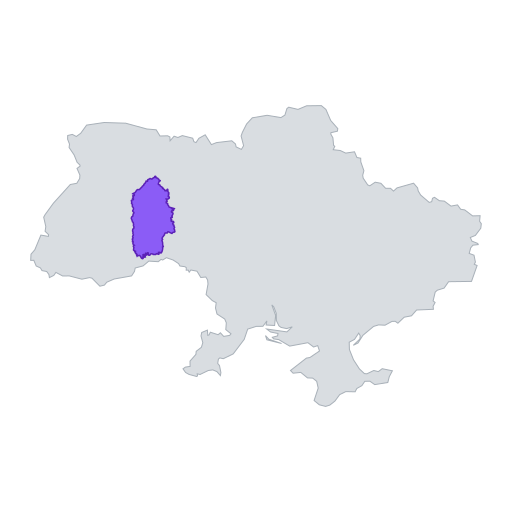 Khmel'nyts'kyy highlighted on a map of Ukraine
{"feature_id": "UKR-290", "entity_name": "Khmel'nyts'kyy", "entity_type": "Region", "adm_level": 1, "iso_a3": "UKR", "parent_name": "Ukraine", "parent_adm1": "", "projection": "mercator", "projection_center": [26.972, 49.519], "detail": "fine", "context": "in_parent", "style": "filled", "palette": "violet", "viewbox_px": 512, "rotation_deg": 0, "n_neighbors": 0, "source": "natural_earth", "source_scale": "10m", "svg_char_len": 9356}
<svg xmlns="http://www.w3.org/2000/svg" viewBox="0 0 512 512"><path d="M353.5,359.8L359.4,368.9L364.4,373.6L366.9,373.8L373.8,370.5L378.3,371.6L382.2,368.7L392.4,370.8L389.3,376.6L387.8,382.5L374.7,384.6L369.9,381.2L364.8,381.3L361.9,385.6L356.8,388.5L355.1,391.8L345.8,391.6L339.7,394.6L334.9,401.1L329.8,405.1L325.6,406.4L319.3,404.8L314.1,400.5L318.2,388.1L316.7,381.3L312.7,378.1L307.5,377.9L300.8,372.4L293.1,373.2L290.5,370.5L306.4,358.1L309.9,357.5L319.5,351.0L317.7,345.6L313.6,347.0L307.9,342.7L289.7,346.1L278.7,339.6L273.6,338.9L272.3,337.3L277.6,335.9L278.0,333.5L270.6,332.0L266.7,329.0L286.9,331.9L292.3,326.8L286.7,328.6L281.0,327.4L278.9,325.8L276.4,320.6L276.3,313.4L273.8,306.9L271.8,304.9L275.6,315.4L274.6,325.5L266.1,325.0L266.9,320.9L262.9,326.3L256.2,326.4L247.7,329.1L244.2,339.4L233.2,353.9L223.3,358.7L219.8,357.9L218.4,359.1L217.7,363.4L219.5,365.6L220.9,372.6L220.4,375.6L216.9,371.6L212.8,369.9L208.3,370.5L200.0,374.5L197.2,373.8L197.5,375.9L196.7,376.5L189.0,374.4L185.6,372.5L183.0,368.8L185.4,367.1L190.1,366.4L190.0,361.1L195.9,354.4L196.2,351.3L201.4,347.3L202.8,342.7L201.0,336.0L201.7,332.5L207.4,330.1L207.8,335.4L209.1,334.9L210.3,332.2L218.1,334.7L220.4,332.8L223.7,336.4L229.6,335.4L231.0,333.8L225.8,329.6L226.3,322.8L224.7,319.0L217.0,314.0L215.5,308.0L216.2,302.7L212.3,300.6L206.1,294.6L208.0,284.0L207.6,280.0L205.8,277.0L200.8,277.5L197.0,271.2L190.9,270.0L189.2,272.2L188.2,270.1L186.2,270.2L186.3,267.6L184.9,266.7L179.9,266.0L178.6,263.6L173.1,260.0L166.4,257.7L162.7,260.0L161.0,259.4L158.3,261.7L148.8,261.1L143.1,265.9L135.2,268.0L134.5,271.4L131.6,275.9L114.2,279.0L106.8,282.2L104.4,285.1L99.9,286.2L92.0,278.2L89.6,277.6L81.9,279.2L69.2,275.9L62.7,276.0L55.9,272.4L53.8,275.4L49.4,277.6L48.9,274.5L46.7,271.5L42.0,270.6L40.4,267.9L36.2,266.0L33.8,260.3L30.7,260.4L31.0,254.2L34.8,249.8L40.9,235.1L48.4,236.4L48.6,234.7L45.1,231.3L45.8,226.6L43.7,217.2L45.1,214.6L53.4,203.2L70.3,184.5L76.8,183.3L79.7,178.5L79.9,175.1L77.0,168.4L80.1,166.1L79.9,165.0L77.1,162.3L74.1,154.9L69.1,147.5L69.5,144.1L67.6,139.2L67.7,135.5L72.3,134.4L76.3,136.5L80.7,133.3L86.6,125.1L104.2,122.5L125.7,123.2L146.9,129.0L156.2,129.8L160.0,136.0L167.7,135.8L169.9,137.0L170.1,140.8L174.1,136.2L177.9,137.5L182.3,135.6L192.7,138.2L193.9,141.7L196.0,142.6L198.9,138.3L205.2,134.8L211.4,144.6L216.5,142.6L231.8,140.8L235.5,144.0L236.1,146.9L241.4,149.4L243.6,145.7L241.1,136.0L242.4,132.3L246.6,124.0L252.3,117.8L267.1,115.3L280.9,117.6L284.9,115.1L286.9,108.6L288.7,107.2L298.0,109.4L306.6,105.8L321.3,105.6L325.9,109.4L330.7,120.5L337.8,128.6L337.4,131.2L330.9,132.7L330.8,134.1L332.9,137.8L333.6,145.4L334.8,146.3L333.2,149.7L340.2,150.5L345.7,153.1L354.5,151.8L356.9,157.5L360.7,158.2L360.8,161.9L363.9,170.7L362.7,175.3L363.2,178.2L367.7,184.9L369.8,185.8L375.2,182.2L380.9,183.3L385.6,188.3L390.5,188.3L393.5,191.1L397.0,187.9L413.6,183.2L417.6,187.9L418.2,190.9L420.6,195.0L429.2,202.4L431.7,201.7L432.5,198.3L434.5,197.3L439.3,200.7L444.3,201.1L451.0,206.1L457.5,204.9L460.7,209.3L464.7,209.9L472.6,215.9L480.1,215.7L479.6,221.3L481.3,223.7L480.8,228.2L475.4,235.4L470.3,237.5L471.9,241.1L477.8,243.5L478.2,244.6L472.9,245.2L470.7,247.8L469.2,253.4L474.0,255.2L475.4,262.1L474.3,264.3L477.1,265.5L471.5,281.4L448.6,281.7L444.1,288.1L437.3,290.2L435.2,292.1L433.1,300.9L435.1,302.5L433.1,306.3L433.4,309.3L416.6,310.0L411.5,315.8L404.2,317.2L397.9,323.2L395.2,321.3L392.0,321.4L385.0,325.2L378.6,324.9L373.6,326.4L362.9,335.3L358.0,343.0L353.3,345.3L359.9,339.0L360.2,335.7L358.7,333.1L354.5,339.4L349.2,342.2L349.4,349.5L353.5,359.8ZM281.6,343.5L266.9,339.8L265.5,335.6L268.8,339.2L281.6,343.5Z" fill="#d9dde1" stroke="#a8b0b8" stroke-width="1"/><path d="M157.4,178.1L157.8,178.3L158.2,178.9L158.8,179.3L159.1,180.1L159.5,180.3L160.2,180.6L160.2,180.8L159.3,181.4L158.9,181.9L158.3,183.8L158.3,184.2L158.5,184.4L158.7,184.6L159.6,184.8L159.8,184.9L160.0,185.2L160.1,185.6L160.3,186.0L162.7,187.6L162.8,187.9L162.6,188.2L162.6,188.4L162.6,188.5L162.9,188.6L163.3,188.6L163.7,189.2L164.6,189.6L164.8,189.9L164.8,190.6L165.1,190.7L166.4,190.8L166.6,190.6L166.8,190.0L167.2,189.4L167.3,189.3L167.6,189.3L167.8,189.6L167.9,190.1L167.8,191.2L167.8,191.4L168.8,192.7L168.9,193.0L168.9,193.3L168.8,193.5L168.4,193.8L168.4,194.2L168.8,194.6L168.8,194.9L168.3,195.6L168.2,196.2L168.3,196.5L168.5,196.6L169.0,196.8L169.2,197.0L169.3,197.6L169.2,198.0L169.1,198.3L168.5,198.6L168.2,198.9L167.9,199.1L167.6,199.2L166.2,199.0L166.3,199.4L167.0,200.7L167.2,201.2L167.1,201.3L166.5,201.4L166.3,201.6L166.2,202.6L166.2,202.8L166.4,202.9L167.3,203.3L167.6,203.5L167.7,203.8L167.6,204.2L167.6,204.5L168.7,206.0L168.9,206.7L169.2,207.1L174.3,208.6L173.9,209.2L173.0,209.4L172.9,209.4L173.5,209.8L173.6,210.1L173.2,210.6L172.8,210.9L171.9,210.8L171.7,210.9L171.5,211.5L171.4,211.8L171.5,212.1L172.3,212.5L172.7,212.8L173.0,213.2L173.0,213.6L172.9,214.1L172.1,215.7L171.8,216.1L171.9,216.4L172.3,216.9L172.3,217.3L172.0,217.6L171.8,217.7L171.7,217.7L171.3,217.6L170.9,217.7L170.8,218.1L170.8,218.7L170.9,219.1L171.6,219.7L171.7,219.8L171.7,220.0L171.3,220.3L171.1,220.5L171.1,221.0L171.4,221.3L171.8,221.4L173.3,221.4L173.5,221.5L173.6,221.9L173.8,222.4L173.7,222.7L172.9,223.0L172.7,223.3L172.8,223.6L173.0,224.1L173.0,224.5L173.1,224.8L173.3,224.9L173.8,225.0L174.0,225.5L173.9,226.2L174.0,226.4L174.4,226.9L174.6,227.3L174.5,227.6L174.3,227.9L174.1,228.3L174.0,228.6L174.1,229.1L174.5,229.6L174.6,229.9L174.7,230.9L174.9,231.6L174.8,231.8L174.7,231.9L174.5,232.1L173.5,232.2L172.9,232.4L172.7,232.6L172.2,233.2L172.0,233.4L171.3,233.3L170.5,232.7L169.7,232.5L169.0,232.0L168.6,231.9L168.0,231.7L167.7,232.0L167.2,233.0L165.8,233.0L165.1,233.0L164.9,233.4L164.5,234.3L164.4,235.0L164.2,235.1L163.8,235.4L163.4,236.3L162.5,237.2L162.3,237.8L162.1,238.2L162.1,238.4L162.2,238.7L162.5,239.2L162.6,239.5L162.4,239.8L162.0,240.2L161.9,240.5L162.3,241.4L162.6,242.6L162.7,244.9L162.8,245.4L163.3,246.5L163.1,246.8L162.7,246.8L162.5,247.0L162.7,248.1L162.6,248.9L162.5,249.9L161.9,251.9L161.6,252.1L161.3,252.8L161.0,253.0L160.7,253.0L160.0,252.4L159.0,252.3L158.5,252.4L158.5,252.8L158.8,253.0L159.0,253.1L159.1,253.7L159.0,254.0L158.8,254.2L158.3,254.3L158.0,254.2L157.4,253.8L157.2,253.7L156.3,253.7L156.2,253.8L155.9,254.4L155.7,254.5L154.4,254.5L153.6,254.3L153.2,254.5L152.7,254.0L151.8,253.8L151.2,253.8L150.7,254.0L150.1,254.9L149.7,255.2L149.1,255.3L148.6,255.1L148.3,254.5L148.2,253.8L148.3,253.0L148.1,252.8L147.8,252.7L147.5,252.8L147.3,253.0L147.2,253.3L147.3,253.9L147.3,254.3L146.9,254.9L146.6,254.9L146.3,254.5L146.3,253.9L146.1,253.5L145.8,253.2L145.5,253.3L145.4,253.6L145.5,253.9L146.0,254.4L146.1,254.7L146.0,255.3L145.6,255.5L145.3,255.5L144.9,255.3L144.0,254.6L143.4,254.5L142.9,254.9L143.0,255.3L143.4,255.6L144.4,255.8L144.8,256.1L145.2,256.6L145.3,257.0L144.8,257.1L144.0,257.2L143.7,257.1L143.5,256.7L143.3,256.5L143.0,256.6L142.8,257.1L143.1,258.4L142.7,258.7L142.2,258.6L141.8,258.4L141.4,258.1L141.1,257.6L140.5,256.3L139.8,255.7L139.4,255.4L138.2,255.7L137.7,255.5L137.1,256.2L136.7,255.3L136.4,254.5L136.5,254.4L136.8,254.2L136.2,253.5L135.6,253.2L135.3,252.8L135.2,252.5L135.5,252.0L135.5,251.4L135.3,251.4L135.2,251.6L134.7,251.5L134.6,251.2L134.7,250.8L134.6,250.7L133.9,250.5L133.5,250.0L133.5,249.7L133.7,248.8L133.7,247.9L133.9,247.3L133.7,246.9L133.4,246.6L133.3,246.4L133.5,245.8L133.6,245.4L134.0,245.3L134.2,245.2L133.5,244.7L133.0,244.0L132.9,243.7L133.2,241.8L133.1,241.6L132.5,241.7L132.4,241.4L132.6,240.9L132.6,240.3L132.5,240.0L132.3,239.6L132.4,239.4L132.7,239.2L132.5,238.4L132.9,238.1L133.1,237.8L132.6,236.7L132.6,236.3L132.8,235.8L133.2,235.5L133.4,235.0L133.4,234.8L133.3,234.5L132.9,233.7L132.9,233.3L132.9,232.8L133.1,232.2L132.7,231.5L132.6,231.2L132.5,230.8L132.7,230.2L132.7,229.5L132.8,229.2L133.0,228.9L133.6,228.6L133.8,228.3L133.8,227.5L134.0,227.2L134.0,226.9L133.6,226.1L133.4,225.6L133.4,225.2L133.6,224.6L133.4,223.6L133.3,222.6L133.2,222.4L132.5,221.9L131.9,219.9L131.3,218.5L131.3,218.0L131.8,216.8L132.0,216.6L132.6,216.3L132.8,216.1L132.9,215.5L133.1,214.2L133.3,213.8L133.7,213.3L133.8,213.1L133.9,212.6L133.9,212.4L133.7,212.2L133.1,211.7L132.7,211.1L132.7,210.9L132.7,210.6L132.9,210.2L133.3,209.8L133.4,209.6L133.5,208.5L133.4,207.9L133.1,207.3L132.5,206.8L132.3,206.2L132.3,205.8L132.4,204.9L132.4,204.5L132.2,204.2L131.8,203.8L131.5,203.4L131.5,203.1L131.7,202.6L131.7,202.1L131.6,201.6L131.4,201.0L131.3,200.7L131.5,200.3L131.8,200.1L133.3,199.6L133.5,199.0L133.4,198.9L132.8,198.7L132.5,198.4L132.5,198.2L133.1,197.7L133.3,197.5L133.4,197.0L133.3,196.7L132.8,196.2L132.7,196.1L132.7,195.9L132.9,195.8L134.1,195.6L134.3,195.4L134.4,194.9L134.3,194.6L134.0,194.3L133.8,194.2L132.9,193.9L132.7,193.8L132.9,193.6L134.6,192.8L135.2,192.4L135.6,191.9L136.6,190.3L137.2,189.8L137.6,189.6L137.9,189.5L138.6,189.6L139.2,189.6L139.6,189.4L140.0,188.9L140.6,188.2L141.7,187.3L142.4,186.2L143.7,185.3L143.8,184.9L143.8,184.5L143.9,184.3L144.9,183.4L145.2,183.1L145.4,182.5L145.8,182.1L145.9,181.9L146.0,181.7L146.0,181.2L146.5,181.1L147.3,181.3L147.5,181.2L147.6,180.9L147.6,180.1L147.8,179.7L149.5,178.9L150.0,178.5L150.8,178.7L151.3,179.0L151.7,179.0L152.0,179.0L153.2,177.9L154.4,177.4L154.5,177.3L154.7,176.6L154.9,176.4L155.1,176.3L155.5,176.3L155.8,176.5L155.9,177.0L155.9,177.5L156.1,177.7L156.2,177.8L157.4,178.1Z" fill="#8b5cf6" stroke="#5b21b6" stroke-width="1.5"/></svg>